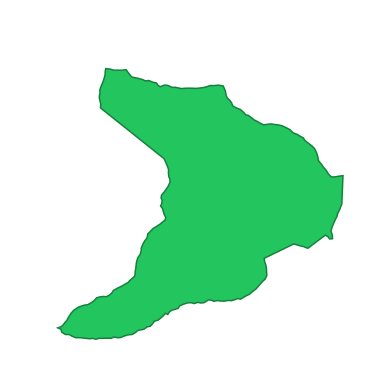 Tapejara, Paraná, Brazil (Natural Earth projection), rotated 262°
{"feature_id": "56859067B72466518477153", "entity_name": "Tapejara", "entity_type": "district", "adm_level": 2, "iso_a3": "BRA", "parent_name": "Brazil", "parent_adm1": "Paraná", "projection": "natural_earth1", "projection_center": [-52.903, -23.641], "detail": "fine", "context": "isolated", "style": "filled", "palette": "green", "viewbox_px": 384, "rotation_deg": 262, "n_neighbors": 0, "source": "geoboundaries", "source_scale": "gbopen_adm2", "svg_char_len": 2970}
<svg xmlns="http://www.w3.org/2000/svg" viewBox="0 0 384 384"><g transform="rotate(262 192 192)"><path d="M326.2,123.7L322.9,122.7L320.0,122.2L315.2,120.1L308.8,116.4L305.9,114.9L302.9,114.7L300.2,113.7L297.9,113.3L291.5,113.9L288.1,113.0L251.8,147.3L233.4,164.7L228.9,169.0L220.8,171.3L217.5,171.9L214.3,171.3L210.3,171.2L207.3,172.0L204.5,171.4L201.7,169.7L199.4,167.8L196.0,164.6L193.2,161.4L190.4,160.5L187.8,161.3L184.8,160.4L182.5,158.9L179.9,160.4L173.3,161.4L170.5,162.5L168.1,161.5L164.5,155.6L162.4,151.0L161.2,148.3L158.5,144.8L156.6,142.3L154.2,141.7L152.1,140.5L150.4,138.6L148.0,136.7L143.4,133.8L141.2,133.6L137.6,132.1L134.6,129.3L131.8,127.9L128.8,126.8L123.7,125.6L121.2,124.6L118.4,124.2L116.4,123.3L113.0,118.0L111.3,116.1L110.1,113.0L108.9,110.3L107.0,104.4L105.5,100.6L103.0,98.3L101.3,95.7L100.2,92.5L100.9,90.0L101.0,86.5L100.5,82.8L98.1,80.1L96.3,76.7L95.0,73.2L94.9,69.1L93.7,63.3L91.4,58.6L89.3,55.9L86.8,53.6L84.0,51.4L82.1,50.0L80.2,47.7L77.8,45.4L76.7,43.1L76.1,40.2L74.2,43.2L71.3,43.5L68.6,46.6L67.8,50.8L65.8,53.3L63.9,56.6L63.2,61.2L62.1,65.7L60.9,70.1L60.9,73.0L59.6,76.4L60.0,79.5L59.6,82.6L59.1,86.9L58.4,91.9L59.3,94.7L58.0,98.1L57.8,101.4L58.6,104.0L59.4,108.2L59.3,113.2L60.7,116.4L62.5,119.3L62.6,122.6L62.8,125.5L64.7,128.6L64.8,132.0L66.9,134.5L69.4,136.9L69.7,140.4L71.3,143.1L73.1,145.9L75.5,148.8L74.1,151.0L76.2,152.7L77.8,155.6L78.1,158.7L78.7,162.0L81.0,164.0L82.0,167.6L82.8,172.2L82.5,175.8L81.2,178.6L81.9,182.4L80.8,185.4L80.8,188.8L82.9,193.2L82.2,196.0L80.7,198.6L81.0,202.0L80.0,205.3L79.4,209.1L79.6,212.8L78.9,215.7L79.4,219.4L80.1,222.6L79.1,225.2L80.6,228.6L81.8,231.5L82.7,234.6L84.4,237.2L87.1,241.9L90.3,245.6L93.7,249.6L95.6,252.4L99.0,254.5L102.9,254.8L106.5,255.1L109.7,254.9L113.2,254.2L116.3,254.3L126.4,285.5L123.5,292.0L122.4,294.9L120.1,298.8L130.7,318.0L128.8,320.5L126.3,321.8L126.2,324.7L130.1,324.9L134.0,324.2L138.0,326.0L141.3,327.9L145.2,330.4L147.3,332.0L150.1,333.1L154.5,336.1L157.0,337.3L159.2,338.7L187.2,343.8L187.2,339.9L187.1,335.4L187.5,332.2L190.5,329.8L193.3,328.6L195.5,327.4L198.0,325.8L200.9,324.3L205.6,321.6L209.3,321.5L213.3,320.9L217.7,319.5L220.3,317.7L222.8,315.4L225.1,313.0L227.8,310.6L230.0,309.9L231.9,307.2L234.3,304.4L235.5,302.2L236.8,300.1L240.0,297.8L242.5,294.3L245.2,290.1L246.6,286.2L247.4,283.1L248.3,280.3L248.6,276.3L248.5,272.4L250.2,269.7L252.8,266.4L254.7,263.6L257.1,261.4L260.0,258.5L260.8,256.1L263.3,254.5L266.8,251.5L269.4,247.2L271.6,244.3L274.8,243.6L277.6,242.1L280.5,239.9L283.0,239.3L287.1,239.1L290.1,238.4L292.7,237.6L294.1,233.3L294.4,227.9L294.9,224.9L294.2,221.3L293.8,217.4L294.0,210.8L295.2,203.9L295.7,199.7L295.9,196.0L296.8,193.3L298.1,189.9L298.3,187.1L301.1,182.6L301.7,179.5L300.7,175.4L302.1,173.3L304.9,172.0L306.2,168.5L308.4,164.8L308.5,161.4L310.3,158.5L312.0,154.6L314.3,148.3L318.6,145.7L322.3,143.8L322.4,138.6L323.1,134.9L323.6,131.2L325.0,128.4L326.2,123.7Z" fill="#22c55e" stroke="#15803d" stroke-width="1.5"/></g></svg>